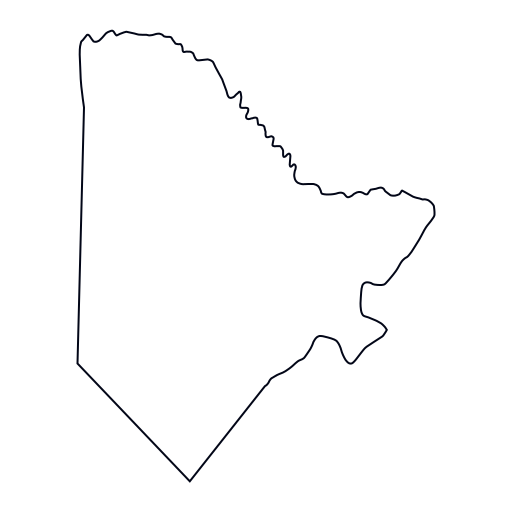 San Vicente Centenario, Santa Bárbara, Honduras (Equal Earth projection)
{"feature_id": "27666195B10024798844704", "entity_name": "San Vicente Centenario", "entity_type": "district", "adm_level": 2, "iso_a3": "HND", "parent_name": "Honduras", "parent_adm1": "Santa Bárbara", "projection": "equal_earth", "projection_center": [-88.287, 14.884], "detail": "fine", "context": "isolated", "style": "outline", "palette": "ink", "viewbox_px": 512, "rotation_deg": 0, "n_neighbors": 0, "source": "geoboundaries", "source_scale": "gbopen_adm2", "svg_char_len": 5953}
<svg xmlns="http://www.w3.org/2000/svg" viewBox="0 0 512 512"><path d="M134.4,33.5L126.6,31.8L126.1,31.8L123.9,32.4L119.9,33.9L117.3,35.2L116.5,35.4L116.2,35.2L115.5,34.4L114.9,33.6L114.0,32.1L113.6,31.6L113.1,31.1L112.5,30.8L112.1,30.7L111.3,30.8L110.6,31.0L107.9,32.1L106.3,33.1L105.4,34.0L103.6,36.1L102.3,37.6L100.7,39.2L99.3,40.5L98.4,41.0L97.5,41.4L96.6,41.7L95.7,41.8L94.3,41.7L93.5,41.4L92.0,39.5L89.8,36.3L89.1,35.4L88.6,35.1L88.1,34.8L87.7,34.8L87.3,34.8L86.8,35.1L82.9,40.0L81.7,41.1L81.3,41.6L81.1,42.0L80.8,43.2L80.1,46.3L79.8,49.5L79.7,54.5L80.7,78.9L81.3,86.3L82.8,98.8L84.0,107.5L77.5,363.5L189.8,481.3L264.9,386.2L266.4,385.2L267.1,384.5L267.7,383.8L268.5,382.7L269.6,380.5L270.5,379.3L271.1,378.6L271.8,378.1L276.9,375.1L279.1,374.1L282.8,372.6L285.4,371.2L289.2,368.6L291.4,366.9L292.9,365.6L295.4,363.3L297.7,361.4L298.8,360.7L299.6,360.3L302.2,359.2L303.0,358.7L303.9,358.1L304.6,357.3L305.2,356.5L306.9,354.1L309.6,350.1L310.6,348.5L311.6,346.5L312.5,344.5L313.4,342.0L314.2,340.6L314.8,339.6L315.6,338.5L316.3,337.8L316.9,337.2L318.3,336.4L319.5,336.0L320.9,336.0L322.8,336.2L327.7,337.4L331.2,338.4L334.4,339.6L336.1,340.6L336.9,341.3L337.5,342.1L338.5,343.5L339.5,345.4L340.6,348.0L341.9,352.3L343.0,355.0L344.2,357.5L345.5,359.8L346.8,361.4L347.7,362.3L348.2,362.7L349.4,363.4L350.8,363.6L351.8,363.4L352.7,362.9L354.0,361.7L355.2,360.4L356.5,358.8L360.8,353.2L363.4,349.9L364.8,348.3L365.7,347.5L366.8,346.6L373.6,342.1L382.1,336.6L383.2,335.6L384.7,333.4L385.8,331.7L386.8,329.9L385.9,328.4L385.0,327.1L383.8,325.8L382.6,324.6L381.3,323.5L380.3,322.9L376.9,321.0L375.4,320.3L368.4,317.4L365.1,316.4L363.9,315.9L363.3,315.5L362.8,315.0L362.5,314.5L362.0,313.6L361.4,312.0L361.0,310.2L360.6,306.5L360.5,303.3L360.8,297.7L361.2,292.0L361.6,288.5L362.0,287.0L362.3,285.7L362.6,285.0L363.1,284.3L363.5,283.8L364.1,283.3L365.3,282.6L365.8,282.5L366.9,282.3L368.3,282.4L369.9,282.7L371.1,283.1L372.8,284.1L374.6,284.6L377.4,284.9L379.4,285.0L381.5,285.0L383.4,284.7L384.5,284.3L385.6,283.4L388.8,279.9L393.2,274.6L396.0,270.9L397.6,268.4L400.2,263.8L401.2,262.2L402.4,260.6L403.4,259.6L404.4,258.7L405.3,258.0L407.1,257.0L408.2,256.0L409.3,254.7L411.4,252.0L413.9,248.1L419.2,239.6L421.6,235.2L424.3,230.1L426.0,227.3L427.3,225.5L431.0,220.9L432.4,218.9L433.7,217.0L434.3,215.7L434.5,214.7L434.5,212.1L434.3,209.5L434.0,207.0L433.8,205.9L433.3,205.0L432.4,203.8L431.1,202.4L429.5,201.1L428.5,200.4L427.7,200.0L426.7,199.7L425.4,199.4L424.2,199.3L422.9,199.5L422.3,199.4L419.6,198.5L416.5,197.8L414.5,197.2L412.9,196.6L411.5,195.8L405.1,192.2L402.1,190.6L401.7,190.8L401.0,192.0L399.7,193.8L399.4,194.1L399.1,194.3L397.4,195.0L395.2,195.6L393.7,195.7L392.1,195.6L390.7,195.3L390.3,195.1L385.7,191.6L384.9,190.8L384.0,189.2L383.0,188.3L382.4,188.0L381.5,187.7L380.8,187.6L379.8,187.7L378.4,188.0L375.9,188.8L372.8,189.3L370.7,189.7L370.4,190.0L369.8,190.8L367.7,193.8L367.5,194.1L367.0,194.3L366.0,194.3L365.2,194.1L364.5,193.8L363.0,192.9L361.2,192.2L360.0,192.0L358.7,192.0L356.9,192.4L355.1,193.3L354.0,193.9L351.9,195.7L350.4,196.5L349.2,197.0L348.3,197.2L347.7,197.2L347.1,197.0L346.4,196.5L345.4,195.4L344.4,194.2L343.7,193.5L342.6,193.0L341.3,192.7L340.2,192.7L339.2,192.8L338.2,193.0L335.8,193.7L333.6,194.1L330.8,194.4L326.8,194.5L324.6,194.3L322.9,194.0L322.0,193.7L321.7,193.4L321.4,192.9L321.1,192.3L320.8,190.9L319.6,188.2L318.6,186.6L317.9,185.9L316.3,184.9L313.9,184.1L313.0,184.0L308.2,184.0L303.2,184.2L301.9,184.1L300.2,183.7L297.9,182.8L297.2,182.3L296.5,181.6L296.0,181.1L295.5,180.3L295.1,179.5L294.8,178.7L294.3,176.5L294.2,174.9L294.5,172.6L294.8,171.0L295.5,169.1L295.7,167.8L295.8,167.0L295.7,166.4L295.4,165.4L295.0,164.9L294.6,164.5L294.1,164.4L293.5,164.5L293.2,164.7L292.4,165.6L291.6,166.3L291.2,166.6L290.8,166.7L290.6,166.6L290.2,166.4L290.0,166.0L289.9,165.6L289.7,164.7L290.0,161.0L290.4,156.2L290.3,155.1L289.9,154.2L289.6,153.9L289.2,153.7L288.8,153.7L288.4,153.8L287.2,154.6L286.1,155.8L285.5,156.4L284.6,156.8L284.1,156.9L283.9,156.9L283.6,156.7L283.4,156.4L283.1,155.2L283.1,150.7L282.9,150.1L282.6,149.3L281.9,148.2L281.1,147.1L280.5,146.4L280.0,146.2L278.8,146.1L276.8,146.1L274.6,146.3L273.4,146.0L272.8,145.7L272.6,145.4L272.5,145.1L272.6,144.1L273.6,139.0L273.6,138.3L273.4,137.5L273.1,137.2L272.6,136.8L271.6,136.3L270.7,136.4L268.5,137.1L267.4,137.2L266.6,137.1L266.2,136.8L265.8,136.1L265.6,135.1L265.5,133.6L265.6,132.3L265.6,131.9L265.0,129.8L264.5,127.5L264.2,126.6L263.5,125.8L262.9,125.4L260.6,124.9L258.8,124.8L258.3,124.6L258.1,124.1L257.9,123.1L257.6,120.6L257.4,119.5L257.2,118.6L256.8,118.0L256.3,117.8L255.7,117.6L254.3,117.7L253.4,117.9L252.4,118.3L251.4,118.4L249.9,118.9L248.7,119.1L247.8,119.0L247.3,118.8L246.9,118.6L246.6,118.3L246.3,117.9L246.1,117.4L246.1,116.6L246.1,116.1L246.3,115.2L246.6,114.5L247.6,112.7L248.0,111.6L248.3,110.0L248.2,108.9L247.9,108.4L247.1,108.0L245.8,107.8L242.3,107.9L241.2,107.7L240.6,107.5L240.3,107.0L240.2,106.1L240.1,104.8L240.6,102.7L240.9,100.3L241.2,98.6L241.3,97.0L241.2,96.3L240.8,93.6L240.5,92.5L240.2,91.9L239.6,91.7L239.3,91.8L239.0,91.9L238.0,93.0L236.2,94.5L234.5,96.3L233.7,97.0L233.0,97.3L231.6,97.8L230.4,97.9L229.4,97.6L229.0,97.4L228.6,96.9L228.0,96.0L227.4,94.5L226.5,91.1L223.2,82.2L222.2,79.4L221.6,78.3L219.3,74.2L215.6,67.4L213.6,63.1L213.0,62.0L212.5,61.5L211.8,61.0L210.6,60.3L208.9,59.7L207.7,59.4L199.4,60.3L197.7,60.3L196.8,60.0L196.0,59.3L195.2,58.1L194.0,55.5L193.2,53.4L192.0,52.5L190.9,51.9L190.0,51.7L186.5,51.6L184.1,52.0L183.5,51.9L183.3,51.7L182.9,51.2L182.7,50.5L182.6,49.7L182.5,48.3L182.2,46.8L181.6,45.5L181.0,44.5L180.6,44.2L180.2,44.1L178.2,44.2L176.5,43.9L175.5,43.6L172.7,39.8L171.5,37.8L171.1,37.4L170.6,37.1L169.6,36.9L167.5,36.9L166.0,36.8L164.2,36.4L163.7,36.1L162.7,35.1L162.0,34.6L160.8,34.1L159.4,33.7L158.3,33.7L157.1,33.8L156.0,34.0L153.3,34.8L152.0,35.1L150.3,35.3L149.1,35.4L146.4,34.8L142.6,34.8L138.7,34.6L137.3,34.3L134.4,33.5Z" fill="none" stroke="#020617" stroke-width="2"/></svg>